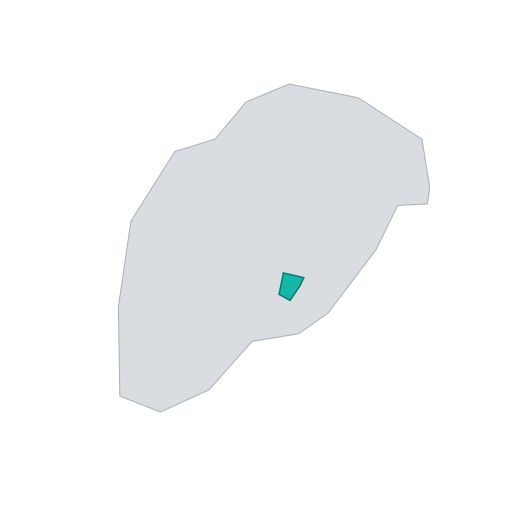 Beau Bassin-Rose Hill highlighted on a map of Mauritius, rotated 208°
{"feature_id": "MUS-5181", "entity_name": "Beau Bassin-Rose Hill", "entity_type": "City", "adm_level": 1, "iso_a3": "MUS", "parent_name": "Mauritius", "parent_adm1": "", "projection": "equal_earth", "projection_center": [57.468, -20.238], "detail": "fine", "context": "in_parent", "style": "filled", "palette": "teal", "viewbox_px": 512, "rotation_deg": 208, "n_neighbors": 0, "source": "natural_earth", "source_scale": "10m", "svg_char_len": 531}
<svg xmlns="http://www.w3.org/2000/svg" viewBox="0 0 512 512"><g transform="rotate(208 256 256)"><path d="M307.5,423.4L239.9,443.7L164.3,437.0L134.9,398.4L129.2,382.4L154.6,367.2L153.0,317.8L165.6,239.6L181.8,207.4L219.4,178.8L234.7,115.7L267.2,73.4L310.4,68.3L353.5,146.2L382.8,228.1L376.7,310.2L346.9,340.2L337.0,387.6L307.5,423.4Z" fill="#d9dde1" stroke="#a8b0b8" stroke-width="1"/><path d="M203.6,259.3L203.2,250.1L205.1,232.8L217.6,232.9L223.9,253.9L203.6,259.3Z" fill="#14b8a6" stroke="#0f766e" stroke-width="1.5"/></g></svg>